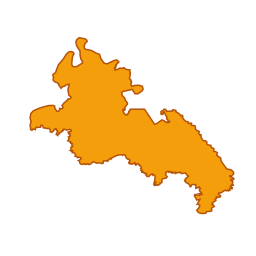 the district of Nanumba North, Northern, Ghana, rotated 260°
{"feature_id": "2480657B57712569843933", "entity_name": "Nanumba North", "entity_type": "district", "adm_level": 2, "iso_a3": "GHA", "parent_name": "Ghana", "parent_adm1": "Northern", "projection": "natural_earth1", "projection_center": [-0.086, 8.922], "detail": "fine", "context": "isolated", "style": "filled", "palette": "amber", "viewbox_px": 256, "rotation_deg": 260, "n_neighbors": 0, "source": "geoboundaries", "source_scale": "gbopen_adm2", "svg_char_len": 5808}
<svg xmlns="http://www.w3.org/2000/svg" viewBox="0 0 256 256"><g transform="rotate(260 128 128)"><path d="M163.2,45.6L161.4,37.8L159.0,34.7L154.5,33.2L151.7,33.8L147.2,31.9L144.6,32.2L143.6,31.7L142.4,33.0L143.6,34.5L142.5,36.5L144.5,37.3L144.0,42.1L145.7,42.6L145.5,44.1L142.6,44.9L142.5,46.3L141.7,47.4L141.4,49.9L139.8,51.1L137.8,50.7L137.0,52.4L138.1,54.2L139.2,54.9L139.9,56.2L139.8,57.1L138.2,57.0L137.2,58.3L134.3,56.2L132.8,57.5L134.2,58.3L134.6,59.1L134.3,59.5L135.3,59.8L135.4,61.2L136.3,63.0L136.7,62.9L136.8,63.9L137.8,63.7L138.0,65.0L136.7,67.0L136.6,71.0L135.1,71.9L134.5,71.5L134.4,68.3L132.8,68.5L132.3,69.8L131.7,69.1L130.3,69.9L129.7,69.3L129.5,67.7L127.6,68.2L125.9,66.5L125.5,67.4L124.4,68.1L124.4,69.2L122.8,69.0L122.3,70.3L120.9,69.7L120.2,70.3L119.6,69.6L119.2,69.9L119.0,68.7L118.3,68.2L116.5,68.0L115.6,69.1L115.6,67.5L114.8,68.5L114.8,69.4L113.4,68.8L113.0,70.5L111.8,71.4L110.5,71.7L109.3,71.0L108.5,72.8L107.5,73.2L107.8,74.7L106.8,76.5L105.3,76.0L104.5,73.6L104.0,74.3L101.4,74.6L100.1,76.0L100.4,78.5L99.6,79.0L99.8,80.4L99.4,81.2L99.9,82.1L98.7,83.3L99.1,85.0L100.9,87.9L98.7,91.1L99.0,92.8L97.4,96.4L97.6,97.4L99.7,98.0L99.7,100.1L99.2,100.9L99.6,102.2L98.9,102.4L100.9,104.4L100.4,106.2L101.2,106.2L103.0,112.8L102.9,116.1L102.6,117.3L102.0,117.8L102.4,118.9L101.8,120.6L98.7,121.1L97.4,122.2L97.6,122.9L96.5,124.1L95.7,124.2L95.0,123.4L93.6,123.9L93.6,122.7L92.9,122.8L91.6,125.5L92.1,127.1L91.9,128.0L92.7,128.5L92.0,129.1L91.3,128.5L90.0,129.3L91.2,131.2L91.1,131.8L88.9,132.9L89.1,133.4L88.2,134.0L86.5,134.3L86.1,133.5L85.1,134.1L84.0,133.3L83.7,134.3L82.0,133.9L81.8,134.5L82.4,134.5L82.4,135.4L80.3,136.4L80.3,137.6L79.6,138.4L78.5,137.5L78.1,138.2L76.9,138.3L76.7,140.3L78.3,142.6L78.6,144.0L77.3,144.3L77.7,144.7L77.4,145.4L76.3,146.1L74.8,146.2L70.8,144.8L69.9,146.0L69.2,143.8L67.9,143.6L66.9,144.0L66.6,144.9L67.0,145.4L67.0,144.8L67.5,144.8L67.8,145.4L67.3,146.8L66.4,146.9L66.9,149.5L68.0,149.8L68.1,151.3L68.9,152.2L71.0,152.2L71.8,153.0L72.2,157.3L73.3,158.1L75.4,156.9L76.2,157.4L77.5,157.3L78.5,159.7L77.5,160.2L78.1,161.1L77.2,161.6L77.3,163.1L76.6,162.9L76.6,164.2L75.8,164.0L76.2,166.4L75.9,167.3L75.0,166.9L75.6,169.4L75.0,170.5L75.5,171.3L75.3,172.0L73.8,172.7L73.8,176.8L71.3,177.9L70.1,179.2L67.6,175.3L66.6,175.6L66.1,174.6L64.2,175.7L63.0,177.5L60.6,179.0L59.5,178.9L59.4,179.8L59.9,180.2L60.2,179.9L61.2,181.3L60.5,184.8L56.8,184.4L57.5,188.0L55.9,188.7L56.1,188.0L53.7,187.5L51.4,189.2L51.0,188.9L51.0,186.8L49.8,188.9L49.3,186.0L50.0,184.9L49.8,183.7L50.2,182.8L50.7,183.1L50.8,182.2L49.8,181.6L45.1,183.2L45.3,186.5L41.0,182.9L41.1,183.5L39.3,185.2L38.7,185.1L37.4,184.3L35.1,181.4L32.9,182.4L31.4,184.5L30.6,188.0L30.7,190.0L32.0,190.8L31.6,194.8L32.0,196.2L34.2,196.1L35.2,197.2L35.7,199.3L38.2,198.4L38.2,197.4L39.7,198.2L41.3,202.0L42.9,201.5L43.2,202.8L44.0,203.4L44.8,203.0L44.8,204.0L43.9,205.5L44.3,207.1L45.4,207.4L46.7,205.7L47.6,205.5L48.5,206.6L48.0,207.3L48.1,208.6L49.8,212.4L49.1,214.1L49.5,215.0L48.6,215.8L49.1,217.5L49.8,216.9L50.6,217.7L50.1,220.0L51.0,220.4L52.2,218.5L52.9,218.9L53.2,220.8L53.8,220.3L53.7,221.7L55.0,221.1L57.0,221.9L57.9,221.8L58.2,220.3L59.4,220.3L59.3,223.3L59.8,223.5L61.4,222.0L62.1,220.1L63.1,219.9L62.8,221.3L64.2,223.9L66.3,224.3L68.9,222.2L70.6,218.1L78.8,214.1L82.4,214.0L85.7,210.6L88.0,211.7L89.5,210.3L90.1,208.5L90.9,208.3L92.5,209.1L93.2,208.6L93.9,206.9L96.6,206.5L97.5,203.7L98.5,202.9L101.0,203.1L101.9,202.1L102.3,200.2L103.1,199.5L106.3,198.3L108.5,198.8L109.0,198.3L108.9,197.4L110.3,196.8L112.1,197.5L112.7,197.2L113.1,195.7L115.4,194.2L118.0,194.6L119.0,193.7L119.3,191.4L119.7,190.9L121.5,191.4L122.1,190.5L121.7,188.7L122.4,188.1L123.8,188.2L124.5,186.1L125.7,185.0L129.0,183.3L129.7,184.0L130.9,183.8L131.2,182.9L130.9,182.2L133.1,181.0L135.8,177.8L136.3,178.3L137.1,178.1L138.1,175.6L137.9,174.8L137.0,174.6L137.7,168.9L139.8,168.3L140.2,166.7L139.1,165.4L138.6,163.4L136.0,162.9L135.3,164.1L136.0,165.2L137.0,165.2L137.5,166.4L133.3,167.5L132.8,168.1L130.1,167.7L128.7,168.8L127.2,168.7L126.9,169.2L127.2,170.0L126.6,169.8L126.3,168.6L126.8,167.1L127.1,167.2L127.8,165.6L128.8,164.9L130.1,162.8L127.3,157.0L127.1,154.8L143.6,147.5L146.1,133.5L144.8,133.0L144.3,131.6L142.9,131.3L141.9,130.4L142.0,130.0L141.3,130.0L141.0,128.6L142.4,126.9L146.7,125.9L147.1,126.3L146.3,126.5L146.1,127.8L147.2,128.5L148.3,128.0L151.8,131.7L153.2,131.6L155.6,130.3L158.1,130.0L160.8,128.0L164.1,127.9L164.8,129.5L165.3,138.8L160.5,140.9L160.0,143.6L162.1,148.4L163.6,149.6L166.5,149.4L168.3,146.0L168.7,142.5L168.5,138.8L170.6,138.4L172.0,139.3L173.5,139.4L173.7,138.9L174.9,139.2L176.3,138.0L180.6,139.6L181.5,139.4L182.1,139.9L183.5,139.6L184.7,140.1L186.2,136.0L187.8,134.9L187.6,134.5L188.1,134.1L187.7,132.4L188.5,130.4L187.4,127.6L187.7,126.5L187.4,125.9L187.9,125.8L187.8,125.2L189.2,125.6L189.8,125.3L189.9,126.4L191.6,127.4L191.9,126.8L192.9,127.5L193.3,128.8L194.0,129.0L194.1,130.2L195.0,130.4L197.0,128.6L196.9,126.0L195.0,119.3L194.9,118.3L195.9,115.8L201.0,113.3L205.5,112.8L207.3,109.5L210.6,105.6L213.0,99.6L214.8,98.8L216.7,99.3L218.7,100.4L220.5,102.9L221.8,102.5L223.2,101.3L225.4,95.6L224.1,93.1L221.9,91.6L217.7,91.7L212.0,94.1L207.5,93.4L204.1,93.6L201.0,94.8L199.9,94.4L197.4,88.1L197.6,85.4L198.7,83.9L200.7,83.7L206.4,85.2L209.6,86.7L210.2,87.6L211.1,87.7L212.4,86.8L213.2,85.3L213.2,82.8L211.2,79.9L207.3,76.4L202.3,70.4L195.0,66.1L193.9,63.5L192.8,63.1L191.0,63.5L188.3,62.5L186.0,64.1L184.6,66.6L183.8,67.2L183.0,67.0L178.7,69.0L180.0,70.6L180.3,73.3L181.3,74.6L181.2,77.6L176.0,75.4L170.3,75.5L168.6,77.3L167.4,76.8L166.8,75.7L167.0,74.0L165.9,73.1L163.9,69.5L161.5,66.8L160.3,67.5L159.0,67.4L158.4,66.3L159.2,64.0L158.0,64.0L156.5,62.5L156.8,60.8L160.5,59.3L162.3,59.6L163.2,58.4L163.9,53.8L163.2,45.6Z" fill="#f59e0b" stroke="#b45309" stroke-width="1.5"/></g></svg>